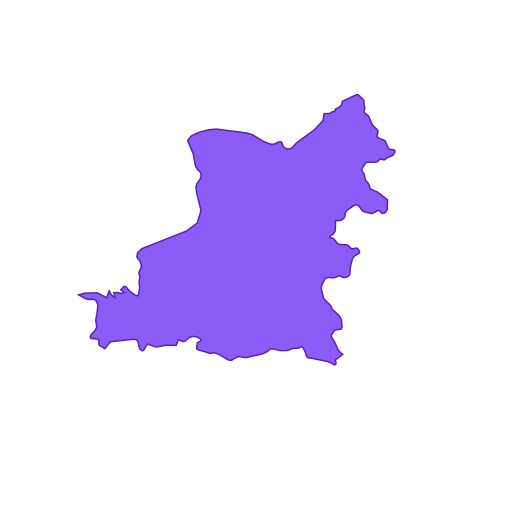 map outline of Sisacko-Moslavacka (orthographic projection), rotated 142°
{"feature_id": "HRV-1587", "entity_name": "Sisacko-Moslavacka", "entity_type": "County", "adm_level": 1, "iso_a3": "HRV", "parent_name": "Croatia", "parent_adm1": "", "projection": "orthographic", "projection_center": [16.353, 45.412], "detail": "fine", "context": "isolated", "style": "filled", "palette": "violet", "viewbox_px": 512, "rotation_deg": 142, "n_neighbors": 0, "source": "natural_earth", "source_scale": "10m", "svg_char_len": 4677}
<svg xmlns="http://www.w3.org/2000/svg" viewBox="0 0 512 512"><g transform="rotate(142 256 256)"><path d="M378.6,313.3L377.3,311.5L377.4,308.6L377.1,306.0L375.2,299.2L373.2,297.3L367.0,302.7L366.3,304.2L364.4,307.0L362.0,309.7L360.2,310.9L358.9,314.5L356.7,316.1L354.1,317.2L351.8,319.6L350.5,323.5L350.7,326.3L350.4,328.7L347.5,331.3L341.6,332.1L295.6,318.5L282.2,318.1L271.4,325.6L263.9,342.4L260.7,347.4L258.3,349.2L252.2,351.2L250.0,352.7L248.3,355.7L248.4,357.5L248.9,359.7L248.4,363.5L247.3,366.2L242.6,375.0L240.1,384.3L238.8,389.0L233.2,390.5L224.6,388.5L215.8,384.7L209.3,380.6L188.2,359.3L184.2,354.0L179.3,341.2L175.8,335.3L172.9,333.0L167.9,331.9L165.9,330.4L166.0,328.9L166.9,326.5L167.0,323.6L165.0,320.7L162.3,319.3L159.7,319.2L154.4,320.2L132.4,319.5L119.9,321.4L114.7,326.2L110.7,323.3L109.8,322.9L108.9,322.7L107.8,322.7L107.0,322.6L106.4,322.3L105.9,321.9L105.3,321.7L104.8,321.7L102.7,322.8L101.9,322.8L101.0,322.4L99.5,322.1L96.3,322.2L95.5,322.5L94.7,322.9L93.4,324.2L92.8,324.5L92.2,324.6L77.2,321.2L76.5,320.5L75.9,319.0L75.7,316.4L75.3,314.5L75.2,313.0L75.3,311.8L76.4,310.6L78.0,308.2L78.9,305.9L82.0,303.3L82.4,302.5L82.2,301.1L81.7,299.9L81.4,298.5L81.3,296.9L81.6,295.3L82.7,291.4L83.1,289.5L83.4,287.5L83.4,285.5L83.2,283.7L82.8,282.1L82.7,280.5L83.2,279.1L86.8,276.1L87.1,275.5L87.0,274.6L86.4,272.8L85.6,271.3L84.2,269.2L83.7,268.1L83.5,267.0L83.8,265.3L85.3,259.9L85.3,258.6L84.7,257.5L82.6,255.4L81.7,254.3L81.9,253.2L83.2,252.0L86.3,251.1L92.3,252.7L95.4,252.6L96.4,253.4L97.9,255.6L99.0,256.0L101.3,255.7L102.9,255.8L104.9,256.8L106.9,258.4L108.9,260.2L110.0,261.1L111.5,261.7L113.2,261.5L117.8,260.0L119.4,258.9L120.2,257.2L120.3,254.1L122.6,249.4L123.2,247.7L122.7,245.1L123.1,242.8L123.5,241.4L124.3,239.6L124.5,238.0L123.4,236.2L122.2,233.8L121.0,232.0L117.8,219.2L124.0,211.8L127.4,210.6L128.7,210.9L129.7,211.4L130.4,212.2L130.7,213.3L130.7,214.5L130.6,215.5L131.4,216.3L132.0,216.8L138.3,217.9L143.0,223.3L144.3,226.0L144.4,227.0L144.3,228.2L144.1,232.2L146.0,235.3L155.6,236.0L158.9,235.2L160.7,233.3L162.4,231.9L164.2,231.6L166.5,231.8L168.2,232.4L169.2,233.0L171.4,235.0L177.8,227.3L179.4,226.4L182.2,225.7L185.1,226.0L185.7,225.7L186.1,225.1L185.7,224.1L185.2,223.5L184.4,222.4L184.1,221.1L184.1,216.3L183.6,214.5L182.2,212.8L178.3,209.6L177.5,208.7L176.9,207.6L176.7,206.3L176.6,203.9L176.1,202.7L175.0,201.9L173.0,201.1L172.2,200.6L171.6,199.7L171.3,197.9L171.5,196.4L172.1,195.2L173.3,194.7L178.2,195.3L180.4,195.0L182.1,194.2L188.7,188.9L192.5,184.7L193.3,183.9L194.7,183.3L196.1,183.2L197.8,183.6L200.2,185.1L202.0,188.3L202.8,189.3L203.8,189.8L206.1,190.1L207.6,190.7L209.4,191.9L210.9,193.5L212.8,195.0L215.3,195.6L221.5,193.0L224.6,190.3L228.9,180.7L227.7,171.1L228.7,166.8L227.2,158.1L227.5,155.0L228.2,152.7L231.8,147.2L233.0,146.2L234.1,146.0L238.0,148.4L239.6,148.9L240.3,148.9L244.7,147.5L245.6,147.0L246.2,146.3L246.3,145.8L247.1,139.2L248.8,132.5L249.0,130.6L249.0,129.1L248.8,127.6L248.2,125.1L257.4,125.2L257.8,124.7L258.8,122.5L259.1,122.0L259.5,121.7L260.1,121.5L260.9,121.7L261.5,122.4L262.1,124.4L264.7,128.9L274.5,140.5L277.9,144.1L277.9,146.2L277.0,148.2L276.2,150.5L275.4,154.6L275.7,156.0L276.4,156.7L278.1,157.0L280.1,157.7L282.7,159.7L284.6,160.8L287.2,161.4L290.1,162.6L295.2,166.6L298.7,171.1L300.8,173.1L302.0,173.9L306.3,173.8L311.0,174.8L326.5,182.1L327.8,183.2L330.3,186.5L331.9,187.5L334.0,188.2L339.5,188.9L341.0,189.9L341.9,191.3L345.2,199.9L346.2,202.0L348.1,205.1L349.5,206.3L351.4,207.1L352.3,207.6L352.8,208.2L355.1,211.9L358.4,216.3L359.6,218.2L359.9,219.4L355.9,223.6L354.8,223.7L354.0,223.7L353.4,223.4L352.6,223.3L351.9,223.4L351.3,223.5L350.9,224.4L351.1,225.7L352.5,228.7L354.2,230.5L356.0,231.9L357.8,232.6L359.8,232.8L364.3,232.6L366.0,233.3L366.9,234.5L368.1,236.8L368.8,237.4L370.0,237.1L373.9,234.7L382.2,241.3L389.9,245.2L391.3,246.5L391.7,247.0L395.6,253.3L398.4,252.6L401.5,251.2L402.5,250.9L403.5,251.0L404.3,251.8L404.7,253.7L404.5,255.5L404.0,256.7L402.9,258.5L401.9,260.7L401.7,261.9L401.7,263.2L402.2,264.3L404.7,266.4L423.6,278.1L432.2,276.0L434.2,281.6L434.3,282.9L433.9,284.0L432.6,285.0L431.8,286.0L431.6,287.1L432.6,288.7L435.9,291.6L436.6,292.5L436.8,293.5L436.4,294.2L434.9,295.4L432.1,296.0L430.1,296.1L428.8,296.4L426.1,297.6L425.4,298.0L424.6,299.1L421.9,303.9L418.4,307.2L417.2,308.1L411.2,314.2L410.6,315.3L410.2,316.3L409.6,319.4L410.0,320.8L411.0,322.2L413.3,323.7L416.4,326.9L419.7,334.6L413.6,332.0L403.7,324.6L399.2,314.8L397.8,316.0L394.1,318.3L392.8,319.5L393.7,316.8L393.9,314.8L393.6,312.9L392.7,310.4L390.5,314.6L388.1,312.9L385.2,309.5L381.8,308.2L382.8,310.4L383.4,312.7L378.6,313.3Z" fill="#8b5cf6" stroke="#5b21b6" stroke-width="1.5"/></g></svg>